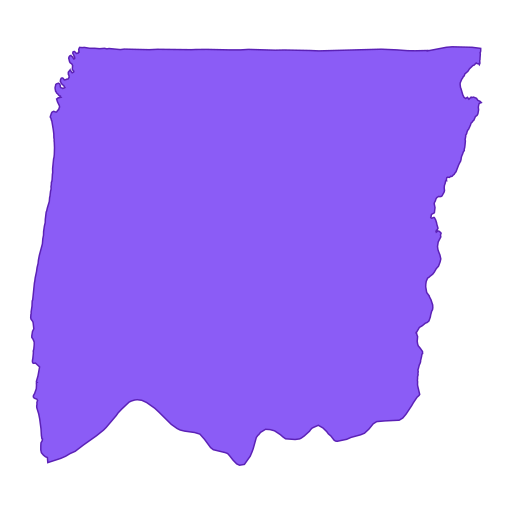 Bignona, Ziguinchor, Senegal (Equal Earth projection)
{"feature_id": "50182788B19391387689457", "entity_name": "Bignona", "entity_type": "district", "adm_level": 2, "iso_a3": "SEN", "parent_name": "Senegal", "parent_adm1": "Ziguinchor", "projection": "equal_earth", "projection_center": [-16.329, 12.862], "detail": "fine", "context": "isolated", "style": "filled", "palette": "violet", "viewbox_px": 512, "rotation_deg": 0, "n_neighbors": 0, "source": "geoboundaries", "source_scale": "gbopen_adm2", "svg_char_len": 5760}
<svg xmlns="http://www.w3.org/2000/svg" viewBox="0 0 512 512"><path d="M438.2,242.0L440.8,236.9L440.5,235.0L441.1,233.2L440.6,232.5L438.9,231.1L437.8,231.0L436.3,232.2L436.0,231.4L436.4,230.3L437.2,229.8L438.0,228.2L436.8,224.2L436.6,222.9L435.6,219.8L434.3,217.5L433.9,217.4L431.8,218.2L431.0,217.9L430.7,217.4L431.2,216.3L431.3,214.9L431.9,214.1L434.1,213.0L434.4,212.6L435.0,207.6L434.2,203.6L434.5,202.4L435.3,201.0L436.0,198.8L436.9,197.5L438.8,196.4L439.9,196.7L441.3,196.4L442.0,195.9L444.1,192.1L444.5,190.6L444.2,187.8L444.4,185.5L445.2,183.2L445.6,181.1L446.0,180.6L446.6,180.7L446.4,179.5L446.8,177.6L447.5,177.2L449.5,177.4L450.7,176.3L451.3,176.5L452.2,176.2L453.0,175.2L454.2,174.3L454.6,173.5L456.0,171.8L458.6,165.0L460.1,161.9L460.4,161.7L461.0,159.7L461.3,157.5L461.8,155.8L462.5,154.3L463.4,151.7L464.3,150.6L464.2,149.4L464.7,147.5L465.0,145.2L465.4,140.9L465.1,139.7L465.7,136.5L465.7,135.2L466.6,133.7L467.1,131.7L467.7,130.2L468.5,129.4L470.5,125.0L471.0,123.2L472.1,122.2L472.9,121.0L473.8,120.3L475.4,116.6L477.1,115.3L477.9,113.8L478.6,109.8L478.3,107.1L478.8,104.5L479.3,103.3L481.3,102.6L480.2,101.4L477.8,100.3L476.5,98.3L473.5,97.1L471.6,97.6L471.1,97.1L468.9,99.2L467.4,97.3L465.7,98.5L464.0,97.3L462.8,94.9L461.0,88.7L460.5,87.5L460.1,84.3L460.2,82.9L461.7,79.3L462.8,77.7L463.3,76.6L464.2,75.9L464.8,74.0L467.9,71.3L469.4,68.9L472.9,65.5L474.0,65.2L476.2,63.0L477.3,63.7L478.6,63.6L479.3,64.7L479.9,63.2L479.7,60.6L480.0,59.3L480.0,58.2L480.3,54.3L480.1,52.5L480.5,52.0L480.7,50.7L480.7,48.4L472.2,47.3L452.2,46.8L446.3,47.3L427.5,50.9L427.6,50.5L415.2,50.8L407.8,50.7L397.0,49.9L381.3,49.2L318.9,50.9L310.0,50.5L284.2,50.0L275.2,50.2L248.4,49.4L240.5,49.9L229.5,49.9L206.8,49.4L195.6,49.5L191.4,49.7L157.5,49.3L149.3,49.7L124.3,49.1L120.3,49.6L109.0,48.5L106.9,48.9L104.6,48.3L99.6,48.7L94.9,48.3L89.7,48.3L84.3,47.4L82.4,47.6L79.6,47.4L78.7,49.4L79.0,51.7L78.8,51.6L78.6,52.3L78.3,52.4L78.1,53.2L76.5,53.5L74.5,51.5L73.2,51.7L72.7,53.1L74.6,57.0L74.7,58.5L73.9,59.0L72.8,57.6L72.7,57.0L71.5,56.2L70.9,55.4L69.8,55.9L69.1,56.8L68.7,58.1L69.6,61.8L70.3,62.9L71.8,63.9L72.6,65.5L72.3,69.3L73.3,70.8L73.6,70.9L73.8,71.4L73.7,72.0L72.4,72.8L71.8,72.6L70.9,71.0L70.3,70.3L69.9,70.5L69.9,70.2L68.3,72.2L68.3,74.2L68.9,75.4L69.2,77.2L67.9,79.1L66.4,79.2L65.9,79.7L64.3,79.9L63.1,78.3L62.1,77.9L61.2,78.3L60.6,79.5L60.3,81.3L61.0,82.5L61.3,83.5L63.8,85.7L64.9,87.6L62.8,88.5L62.1,88.0L61.0,87.8L60.3,86.9L60.3,85.5L59.9,84.6L59.3,83.7L58.5,83.2L56.4,83.9L55.7,84.6L55.5,86.0L55.1,87.2L55.1,88.5L55.6,91.3L56.1,91.8L56.6,93.0L57.6,93.8L58.8,95.3L59.9,96.1L60.4,96.1L60.5,96.9L60.9,97.3L59.6,97.5L58.8,97.9L58.2,97.7L57.5,98.5L56.6,99.0L57.5,101.9L59.3,105.6L59.6,107.0L59.2,107.8L58.6,109.7L57.8,110.2L56.6,112.0L55.5,112.0L53.7,111.3L52.1,112.1L51.5,113.0L50.3,116.6L50.3,117.2L51.1,118.6L51.3,120.0L51.8,120.8L53.2,129.2L53.8,133.8L53.9,137.8L54.2,139.5L54.1,140.8L54.3,142.4L54.5,147.8L54.3,154.4L54.0,157.3L53.6,158.8L52.6,168.7L52.7,172.6L52.4,174.3L52.1,179.7L51.8,181.5L51.4,182.2L51.3,184.9L51.0,186.4L51.1,189.0L50.5,191.4L50.0,196.0L49.6,197.7L49.3,201.5L47.3,208.1L46.7,210.9L46.2,212.0L45.3,219.3L45.2,222.7L44.4,226.0L43.6,231.5L43.5,235.2L42.8,238.9L42.4,243.9L39.4,255.1L38.4,260.2L38.1,263.4L37.1,267.4L36.5,271.7L35.2,277.8L34.8,281.0L34.4,283.0L32.8,298.8L32.6,300.2L32.2,300.9L32.0,306.1L31.1,312.0L31.2,313.5L30.9,314.5L30.7,317.7L31.0,319.1L32.6,321.3L33.1,322.5L33.8,328.8L32.5,331.4L31.8,335.8L31.8,337.4L33.0,339.2L34.2,342.0L34.2,344.8L33.8,349.1L33.2,351.2L33.4,351.7L33.3,353.8L32.8,358.7L32.5,360.1L32.4,361.5L32.7,362.8L33.5,363.3L35.5,363.1L39.6,366.9L38.0,375.8L36.4,381.4L36.4,382.0L37.0,382.4L36.6,382.6L36.4,383.3L36.5,385.0L36.3,388.7L34.6,393.5L33.5,395.4L33.3,396.2L33.4,397.1L34.0,397.9L35.2,398.6L36.7,399.0L37.6,400.5L37.2,401.5L36.9,402.6L37.0,404.6L36.8,405.0L36.7,406.1L36.8,407.7L38.7,413.9L39.7,419.0L41.0,428.9L41.4,435.5L41.9,438.6L42.5,439.0L42.2,440.8L41.0,442.8L40.8,445.8L40.8,450.0L41.4,452.7L43.4,455.1L45.5,456.8L47.4,457.5L47.8,462.6L60.7,458.4L65.7,456.2L70.0,453.6L75.2,451.3L83.4,445.0L96.4,435.8L103.5,430.1L106.1,427.5L116.2,415.6L118.1,412.9L121.6,409.2L129.1,402.1L131.4,401.0L134.7,400.0L137.2,399.7L141.8,400.3L146.6,402.5L154.7,408.2L158.8,412.0L171.2,424.3L177.1,428.5L180.1,430.0L184.6,431.1L194.6,432.5L199.9,434.1L204.5,439.3L210.6,447.6L213.3,449.7L225.2,452.6L227.6,453.5L229.5,455.6L233.1,460.2L236.7,463.9L239.5,465.2L244.4,464.4L250.2,456.2L252.1,451.7L253.2,448.7L256.3,437.5L257.9,435.3L258.6,434.8L260.5,432.4L265.5,429.3L270.1,429.6L274.5,430.8L280.3,434.6L282.9,436.9L285.6,438.8L295.1,439.5L299.6,438.9L301.2,438.1L304.2,436.0L309.5,431.2L310.7,429.5L312.1,428.1L313.7,427.3L318.3,425.3L322.9,427.9L326.7,431.6L328.4,433.9L330.9,436.0L334.2,440.3L335.7,441.1L337.2,441.3L346.7,439.3L351.0,437.4L360.6,434.8L364.5,433.2L368.9,429.1L373.2,423.8L376.7,421.6L384.8,420.9L399.2,420.2L402.8,418.0L406.0,414.2L411.7,405.6L413.3,402.8L417.0,397.3L419.0,395.5L419.7,394.4L417.7,386.0L417.5,384.5L417.6,381.7L417.4,380.5L417.6,378.1L417.5,377.0L418.1,374.8L417.9,373.6L418.2,371.7L417.9,369.8L418.3,368.9L419.3,364.9L420.0,363.5L420.6,361.7L420.5,361.0L421.6,356.3L421.9,354.2L422.6,353.6L422.5,351.5L420.3,348.3L418.3,345.9L417.7,344.3L417.2,341.3L417.6,336.6L416.7,334.1L416.5,332.8L416.1,332.8L416.2,332.3L416.9,331.7L419.4,327.4L422.3,325.7L425.3,323.2L427.1,322.5L428.9,321.0L430.3,317.1L430.7,314.8L431.7,311.1L432.5,309.7L432.8,307.8L432.7,305.0L431.0,299.8L429.3,296.5L429.3,296.0L426.7,292.5L425.7,286.8L425.8,284.2L426.2,281.4L427.6,278.1L428.9,277.3L430.1,276.2L432.7,274.2L434.3,272.1L436.3,268.6L438.5,266.2L440.1,261.9L440.8,258.9L439.9,254.9L438.7,251.9L437.9,249.5L437.5,246.4L438.2,242.0Z" fill="#8b5cf6" stroke="#5b21b6" stroke-width="1.5"/></svg>